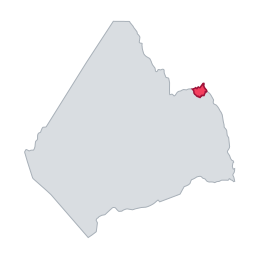 location of Tlemcen within Algeria, rotated 87°
{"feature_id": "DZA-2147", "entity_name": "Tlemcen", "entity_type": "Province", "adm_level": 1, "iso_a3": "DZA", "parent_name": "Algeria", "parent_adm1": "", "projection": "orthographic", "projection_center": [-1.349, 34.706], "detail": "fine", "context": "in_parent", "style": "filled", "palette": "rose", "viewbox_px": 256, "rotation_deg": 87, "n_neighbors": 0, "source": "natural_earth", "source_scale": "10m", "svg_char_len": 4676}
<svg xmlns="http://www.w3.org/2000/svg" viewBox="0 0 256 256"><g transform="rotate(87 128 128)"><path d="M186.8,24.2L187.0,24.8L187.1,25.4L186.3,26.0L185.8,26.4L185.2,27.9L184.1,29.0L183.9,29.4L183.9,29.6L184.8,30.0L185.2,30.4L185.4,31.0L185.2,33.1L185.0,36.8L185.1,37.6L185.5,38.5L185.9,39.2L186.1,40.0L186.2,42.1L186.7,43.2L187.1,44.3L186.5,45.7L186.3,47.0L186.2,48.7L186.2,49.8L185.8,50.9L185.3,51.9L184.6,52.5L183.8,53.1L182.8,53.9L182.1,55.8L180.4,57.4L180.1,58.0L180.0,59.2L180.2,60.8L180.6,62.1L181.7,64.0L182.6,66.1L182.9,67.1L183.3,67.5L184.4,68.1L186.4,68.9L186.8,69.2L187.9,70.6L189.0,73.2L189.4,74.9L193.0,77.2L196.5,79.3L196.8,79.6L199.3,87.4L200.2,90.2L203.4,100.2L202.5,100.9L201.5,101.8L202.4,103.1L204.1,105.2L205.2,106.9L205.6,107.7L206.6,109.8L207.4,112.0L207.6,112.7L208.0,114.3L208.1,119.0L209.1,124.8L209.9,127.7L209.3,130.5L208.7,133.1L208.9,134.4L209.5,136.3L210.1,137.7L210.7,138.4L210.8,140.9L210.6,141.8L209.0,143.3L207.1,144.7L206.7,145.8L206.6,146.9L206.9,147.8L213.3,155.5L213.5,156.3L213.8,158.7L215.0,161.5L216.2,162.7L216.6,163.6L217.4,164.2L218.2,164.6L218.6,164.6L221.1,163.5L225.5,164.3L229.8,165.1L230.1,165.4L232.9,169.5L235.3,173.5L190.5,208.4L185.5,213.3L173.7,225.3L172.7,225.9L156.4,230.2L147.9,232.2L147.5,232.4L147.0,232.4L146.6,232.4L145.9,232.2L145.0,231.5L144.4,231.2L144.2,230.7L144.5,230.0L144.9,229.4L145.1,228.9L145.4,228.5L145.7,228.2L145.7,227.7L145.4,227.0L145.1,226.1L145.1,224.3L145.1,223.5L144.3,222.9L142.7,222.2L141.4,221.8L140.7,221.7L139.2,221.5L137.1,221.1L136.4,220.8L135.0,219.3L134.3,218.9L131.1,218.7L130.1,218.5L129.2,218.1L128.5,217.6L128.1,216.7L127.9,216.0L127.7,215.6L124.2,214.0L123.3,213.4L122.8,212.8L122.8,212.0L122.8,211.0L122.7,210.1L122.5,209.6L62.5,167.6L59.4,165.4L52.3,160.2L20.7,137.1L21.6,121.9L21.7,121.1L21.9,120.8L23.0,120.3L24.6,119.1L25.3,118.6L26.0,118.0L28.8,116.5L29.4,116.0L32.1,114.2L32.7,113.9L34.1,113.8L34.7,113.5L35.5,112.7L36.7,111.9L37.5,111.5L37.7,111.4L38.1,111.4L40.5,111.8L41.5,112.0L42.7,112.3L43.1,112.2L43.4,111.9L43.9,111.3L44.0,110.5L44.1,109.9L44.2,109.6L44.4,109.5L44.9,109.5L45.6,109.7L47.0,109.7L47.5,109.6L49.1,109.6L51.4,109.2L54.7,108.4L56.3,107.3L57.5,106.1L58.7,104.3L59.7,102.7L61.6,101.8L63.2,101.2L64.1,101.0L66.2,100.2L69.6,97.9L72.4,97.6L72.8,97.4L73.2,96.9L73.2,96.2L72.7,95.7L72.2,95.4L71.8,95.1L71.4,95.0L71.2,94.6L71.3,94.0L71.4,93.4L71.7,92.7L71.6,91.9L71.2,91.0L71.1,90.4L71.2,89.8L71.4,89.3L71.9,89.0L72.6,88.9L73.5,89.0L75.2,88.9L79.3,87.5L79.6,87.0L79.9,86.0L80.2,85.1L80.6,84.8L80.9,84.7L84.2,84.2L84.9,84.1L91.1,84.5L96.4,84.7L96.9,84.5L96.9,83.8L96.5,82.6L96.7,81.8L97.5,81.1L98.4,80.3L98.0,79.3L97.2,78.7L96.2,77.9L95.7,77.6L94.7,76.6L94.1,75.6L93.7,73.3L93.0,72.0L92.5,70.5L93.0,67.6L92.3,65.9L92.2,65.1L92.2,64.2L92.4,62.7L92.3,60.6L91.5,58.4L91.9,57.6L92.0,57.2L92.0,56.9L91.2,56.2L90.9,55.6L91.1,55.1L91.5,54.3L91.5,53.9L90.3,53.0L88.3,51.4L87.7,50.7L87.5,49.8L89.4,50.1L90.4,50.0L92.6,49.0L94.4,47.6L95.8,46.9L97.0,45.4L98.1,44.4L99.7,43.4L104.3,41.1L105.0,41.1L106.5,41.6L107.9,41.4L108.7,40.6L109.7,38.7L111.2,37.5L113.0,36.4L115.6,35.2L117.2,34.2L119.8,33.2L126.5,32.5L129.9,31.9L132.2,31.9L134.4,30.2L135.6,29.6L140.6,29.3L142.9,28.0L151.9,27.5L153.1,27.8L154.2,28.4L156.1,29.8L157.1,30.0L158.2,29.6L160.9,28.0L163.9,27.1L165.6,26.1L166.2,24.8L167.6,24.2L168.5,25.1L171.8,25.8L173.7,25.4L174.6,25.0L174.1,23.6L176.2,23.8L177.9,24.3L179.7,25.6L180.8,25.7L182.7,24.9L186.8,24.2Z" fill="#d9dde1" stroke="#a8b0b8" stroke-width="1"/><path d="M92.6,61.6L92.6,61.4L91.9,59.3L91.7,58.7L91.3,58.3L92.3,57.1L92.2,57.0L91.9,56.9L90.7,55.7L90.8,55.5L91.3,54.8L91.5,54.2L91.5,53.9L90.5,53.2L90.2,52.9L89.7,52.6L89.5,52.3L89.5,52.1L89.4,51.9L88.9,51.9L88.6,51.7L88.3,51.4L88.0,51.1L87.7,51.0L87.5,50.8L87.4,50.5L87.4,50.0L87.7,49.9L87.7,50.0L87.8,50.0L88.1,49.9L88.4,50.0L88.7,50.1L89.0,50.2L89.7,50.1L89.9,50.2L90.0,50.2L91.1,49.8L91.3,49.6L91.7,49.6L91.8,49.6L92.3,49.1L92.9,48.9L93.0,48.8L93.0,48.6L94.2,47.7L94.4,47.6L95.2,47.5L95.5,47.4L95.6,47.5L95.8,47.6L96.0,47.8L95.9,47.9L95.9,48.0L95.9,48.3L95.7,48.5L95.7,48.8L95.8,48.8L96.0,48.9L96.3,48.8L98.5,50.0L99.0,50.1L99.6,50.5L99.6,50.8L99.5,51.0L99.4,51.1L99.3,51.5L99.3,51.9L99.3,52.0L99.4,52.3L99.5,52.3L99.7,52.5L99.5,52.8L99.8,52.9L100.0,52.9L100.1,53.0L100.0,53.6L100.0,53.8L100.1,54.0L100.3,54.1L100.5,54.2L101.1,54.1L101.3,54.3L101.3,54.5L101.1,54.8L101.0,55.0L100.8,55.4L100.7,55.9L100.6,56.0L100.1,56.1L99.9,56.3L99.9,56.5L100.0,56.5L100.2,56.8L100.2,57.0L100.0,57.4L98.5,58.7L98.1,59.1L97.9,59.5L97.7,59.6L97.0,60.0L96.8,60.1L96.7,60.2L96.5,60.3L95.9,60.3L95.7,60.3L95.2,60.3L94.9,60.3L94.4,60.4L92.7,61.5L92.6,61.6Z" fill="#f43f5e" stroke="#9f1239" stroke-width="1.5"/></g></svg>